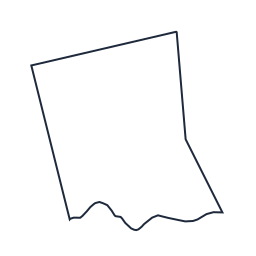 the district of Derriere Morne, Soufrière, Saint Lucia, rotated 186°
{"feature_id": "8701671B55959658835891", "entity_name": "Derriere Morne", "entity_type": "district", "adm_level": 2, "iso_a3": "LCA", "parent_name": "Saint Lucia", "parent_adm1": "Soufrière", "projection": "orthographic", "projection_center": [-61.051, 13.809], "detail": "fine", "context": "isolated", "style": "outline", "palette": "slate", "viewbox_px": 256, "rotation_deg": 186, "n_neighbors": 0, "source": "geoboundaries", "source_scale": "gbopen_adm2", "svg_char_len": 617}
<svg xmlns="http://www.w3.org/2000/svg" viewBox="0 0 256 256"><g transform="rotate(186 128 128)"><path d="M25.3,53.9L69.5,122.8L89.6,228.4L90.1,228.7L90.6,228.6L230.7,180.1L187.5,61.4L176.4,31.0L175.9,31.7L172.8,33.1L166.1,33.8L164.1,35.8L160.3,40.8L157.2,45.4L154.1,48.7L152.7,49.9L148.8,51.4L145.1,50.6L140.5,49.1L135.6,44.1L132.1,39.6L131.1,39.0L126.1,38.8L124.5,37.5L120.8,33.3L114.4,28.5L111.4,27.5L109.2,27.3L107.0,28.3L104.2,31.1L101.9,34.2L94.6,41.4L89.0,44.3L87.3,44.0L78.7,42.8L67.8,41.7L61.3,41.1L53.7,42.3L49.3,44.3L40.9,50.6L34.2,53.2L25.3,53.9Z" fill="none" stroke="#1e293b" stroke-width="2"/></g></svg>